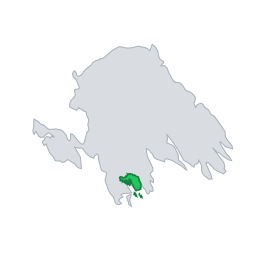 Westport Lea-4, Mayo, Ireland (highlighted), rotated 248°
{"feature_id": "5873133B76630404476162", "entity_name": "Westport Lea-4", "entity_type": "district", "adm_level": 2, "iso_a3": "IRL", "parent_name": "Ireland", "parent_adm1": "Mayo", "projection": "natural_earth1", "projection_center": [-9.682, 53.797], "detail": "fine", "context": "in_parent", "style": "filled", "palette": "green", "viewbox_px": 256, "rotation_deg": 248, "n_neighbors": 0, "source": "geoboundaries", "source_scale": "gbopen_adm2", "svg_char_len": 8620}
<svg xmlns="http://www.w3.org/2000/svg" viewBox="0 0 256 256"><g transform="rotate(248 128 128)"><path d="M162.5,50.8L156.9,53.7L156.1,54.8L154.5,59.3L154.3,60.6L150.9,65.6L148.9,66.6L145.9,67.4L144.2,68.2L142.1,67.8L139.4,67.9L138.1,68.8L138.1,69.5L139.0,70.3L144.0,72.6L143.7,73.5L142.3,74.6L133.4,77.3L130.7,78.9L129.8,80.0L130.8,81.8L138.0,87.2L139.2,87.8L140.3,90.9L146.6,92.2L149.2,94.2L151.4,94.7L156.2,94.5L158.2,95.2L159.3,94.7L159.9,93.6L165.3,89.8L163.5,87.0L168.9,82.1L170.4,82.1L173.0,83.6L175.1,85.7L175.9,88.5L177.9,91.0L179.2,91.8L182.7,92.3L183.5,93.3L182.9,96.9L183.5,98.1L192.3,98.0L195.8,96.5L198.9,96.7L200.4,98.4L201.1,100.0L198.5,100.6L195.7,100.3L194.4,101.4L194.4,103.5L195.3,106.2L197.2,108.2L198.8,112.5L200.1,117.3L202.0,120.2L202.5,123.9L202.2,125.6L202.6,128.8L201.9,130.0L202.5,133.0L205.9,142.7L206.7,150.3L205.2,153.1L203.1,155.8L201.7,159.0L200.7,162.5L200.2,168.0L195.6,174.6L193.7,176.2L191.4,177.2L196.5,181.8L192.4,183.8L188.0,184.4L183.0,183.3L180.0,183.4L176.1,185.8L175.2,185.4L173.3,181.6L172.0,185.5L169.2,186.7L164.3,186.5L156.2,187.5L153.0,188.6L151.8,190.4L150.8,192.4L149.6,193.5L148.1,194.2L141.8,195.6L140.6,196.2L137.7,199.5L133.9,201.3L130.8,201.9L127.9,200.0L126.8,198.9L125.5,198.3L121.1,198.4L122.5,199.0L123.4,200.3L123.8,202.8L123.4,205.3L121.2,206.6L118.7,206.8L114.7,209.4L109.4,210.1L106.5,212.5L89.0,216.5L88.0,216.6L85.6,215.6L82.9,215.1L80.3,215.4L73.0,217.7L69.4,217.2L73.9,211.6L80.0,208.8L80.7,208.0L78.7,207.7L67.1,209.6L63.0,211.3L59.0,211.8L60.9,209.2L66.1,205.7L70.6,203.4L72.5,201.4L78.0,199.0L60.4,203.9L55.7,203.3L54.6,201.9L51.0,202.6L49.7,199.3L55.0,194.4L58.1,192.3L61.8,191.1L65.4,189.5L66.7,187.5L65.0,186.9L54.4,187.4L49.3,186.9L49.6,185.4L50.5,183.6L55.8,180.6L58.7,180.1L61.2,180.4L65.7,182.2L71.7,181.6L69.2,179.7L68.8,175.8L66.9,174.5L69.3,172.7L72.1,171.6L76.8,167.8L78.4,167.3L87.6,166.4L97.6,164.4L107.4,161.7L102.3,160.2L99.9,158.2L96.1,162.2L93.3,163.8L85.4,164.6L82.9,164.1L79.3,162.9L78.2,163.4L77.2,164.3L72.0,166.3L66.5,166.8L72.9,163.2L81.0,157.0L82.8,155.1L85.4,151.7L84.6,150.2L82.9,149.3L88.7,142.4L90.8,141.1L94.6,140.9L97.3,139.8L98.5,139.8L99.6,139.4L102.0,137.3L98.3,136.0L94.4,135.3L82.6,136.0L81.0,135.9L79.5,135.3L78.6,134.3L77.8,132.0L77.0,131.4L74.3,131.4L71.7,132.2L69.8,132.1L68.0,131.1L70.9,128.7L67.2,128.1L63.4,128.6L60.3,127.8L60.2,126.3L61.6,124.8L59.7,123.4L59.3,121.6L61.3,120.7L63.5,121.0L67.9,119.7L73.6,119.0L68.7,117.7L66.8,116.6L66.7,114.8L67.1,113.4L72.7,110.9L78.7,109.8L78.2,108.1L78.7,106.3L72.6,105.8L66.6,107.1L67.3,103.7L68.7,100.6L69.0,98.6L68.7,96.4L65.9,97.4L65.6,94.3L64.4,92.2L60.3,93.7L60.4,90.9L61.6,89.0L63.7,88.1L65.9,88.5L69.9,88.5L73.7,87.0L79.2,86.6L88.1,87.1L94.1,91.2L95.7,90.5L98.1,87.9L99.2,87.6L108.4,88.7L114.1,90.2L115.6,89.7L114.7,86.9L112.8,84.9L115.2,82.3L118.2,80.5L120.2,79.7L124.8,78.6L126.7,77.5L128.1,74.2L130.2,71.4L118.7,72.9L107.7,69.6L109.4,67.3L111.7,65.9L115.7,64.9L116.1,63.7L118.1,62.7L121.4,60.1L120.1,56.6L120.8,54.1L123.2,52.4L123.9,50.1L125.0,48.3L129.8,47.7L134.5,46.1L141.7,45.9L143.6,46.5L143.1,43.7L146.5,43.3L147.8,43.9L148.4,45.9L150.0,47.2L150.5,49.4L149.5,51.2L147.7,52.5L149.3,53.9L146.9,56.3L149.5,55.3L153.3,52.9L153.1,50.9L152.4,48.4L151.3,46.2L151.8,43.7L153.9,42.1L159.4,41.4L157.1,38.6L159.1,38.3L161.3,38.9L164.6,41.1L171.5,44.1L168.2,46.9L164.1,48.7L162.5,50.8ZM65.4,104.8L65.3,106.1L62.6,104.5L61.3,102.7L54.1,101.8L57.1,100.0L58.6,100.6L63.7,100.6L65.1,101.4L65.4,104.8Z" fill="#d9dde1" stroke="#a8b0b8" stroke-width="1"/><path d="M76.9,105.6L77.5,105.7L77.4,105.9L77.6,106.0L77.8,105.9L77.6,105.8L78.4,105.5L78.1,105.9L78.4,105.9L78.6,105.7L78.9,105.3L79.0,105.4L78.7,105.7L79.1,105.9L78.9,105.9L77.9,106.2L79.3,106.0L79.1,105.9L79.5,105.8L79.3,106.0L79.8,106.1L78.7,106.1L78.4,106.3L79.1,106.1L79.3,106.3L78.1,106.4L78.5,106.6L79.6,106.5L78.5,106.8L79.3,106.8L77.8,107.0L79.3,106.9L79.4,107.0L78.7,107.2L79.3,107.2L79.6,107.4L79.1,107.2L78.2,107.3L79.3,107.4L78.9,107.5L79.3,107.7L78.6,107.6L78.4,107.6L78.9,107.7L78.9,107.8L78.3,107.7L78.6,107.5L78.1,107.3L78.2,107.5L77.9,107.6L79.2,107.8L77.3,107.9L77.2,108.1L77.5,108.3L77.2,108.5L78.0,108.5L77.2,108.6L77.8,109.0L76.9,108.8L78.0,109.3L77.6,109.4L77.2,109.1L77.3,109.2L77.1,109.2L77.2,109.3L77.4,109.5L78.4,109.6L78.0,109.9L79.2,109.9L78.8,109.7L79.1,109.6L79.7,109.7L79.5,109.9L79.8,110.0L79.9,109.8L79.9,110.0L79.3,109.9L79.7,110.0L79.2,110.0L79.3,110.3L78.6,110.3L78.6,110.5L79.0,110.5L78.5,110.7L78.5,110.9L77.8,110.8L77.6,110.7L77.9,110.7L77.7,110.6L77.8,110.6L78.0,110.7L77.9,110.6L78.2,110.6L78.3,110.3L77.6,110.6L77.7,110.9L77.6,111.0L76.9,111.0L77.5,110.8L76.6,110.5L76.4,110.6L76.4,110.8L75.8,110.8L75.6,110.6L75.8,110.5L76.0,110.2L75.7,110.6L73.0,111.2L72.0,111.2L71.8,110.8L71.4,110.8L69.8,111.4L67.1,111.6L66.8,112.2L67.2,112.3L67.3,113.1L66.7,114.1L66.7,114.6L66.4,114.8L66.5,115.1L66.9,115.7L66.6,116.2L66.6,116.8L67.8,117.0L67.6,117.2L68.2,117.5L67.9,117.4L67.9,117.7L71.3,119.1L72.5,118.9L72.5,119.0L72.8,119.1L74.4,119.0L75.3,118.4L76.2,119.2L77.5,118.9L78.4,119.3L78.8,119.2L79.6,118.3L80.0,117.5L81.1,117.1L81.5,116.7L82.1,116.4L81.9,116.0L82.2,115.7L81.9,115.4L83.0,114.6L83.6,114.6L83.8,114.0L84.3,113.6L84.3,113.3L84.9,112.7L84.9,112.4L84.6,112.3L85.2,111.7L85.1,110.8L85.4,110.5L84.9,110.6L84.5,110.1L84.6,109.8L84.3,109.7L84.4,109.3L83.9,109.0L83.7,108.7L83.9,108.3L83.5,107.8L83.9,107.7L83.4,107.3L83.6,107.1L83.6,106.4L83.2,106.2L83.6,104.7L84.6,104.4L85.1,103.5L85.0,103.3L85.5,102.9L85.3,102.7L85.5,102.2L85.4,101.8L84.9,101.5L84.1,101.5L83.5,102.0L83.3,101.6L82.5,101.0L82.2,101.0L81.6,101.7L81.9,102.0L82.0,102.8L81.6,103.3L81.4,103.0L80.9,103.2L80.3,102.9L80.6,103.5L80.5,104.2L80.7,104.3L80.1,104.3L80.3,104.0L80.0,103.3L79.4,104.4L79.0,104.3L78.0,104.7L77.7,104.9L77.8,105.1L76.9,105.6ZM63.7,109.3L62.0,109.8L61.8,109.9L62.0,110.2L61.7,110.4L64.1,110.4L65.3,110.1L65.3,109.9L65.6,109.7L64.8,109.4L64.3,108.7L64.1,108.7L63.7,109.3ZM60.2,114.4L60.6,114.1L60.3,113.9L59.8,114.2L59.2,114.0L59.1,114.4L58.5,114.7L58.8,114.8L58.6,115.0L58.9,115.1L60.3,114.8L60.4,114.6L60.2,114.4ZM76.9,108.6L76.6,108.3L76.0,108.4L76.7,108.4L76.3,108.6L76.7,108.8L76.9,108.6ZM75.7,108.0L76.2,107.9L75.9,107.9L75.5,108.2L75.2,108.3L75.4,108.2L75.5,108.0L75.4,108.0L75.0,108.4L75.7,108.2L75.7,108.0ZM62.2,113.6L62.5,114.0L62.8,113.9L62.6,113.7L62.2,113.6ZM76.8,107.9L76.3,108.1L76.9,108.0L76.8,107.9ZM77.0,107.7L77.3,107.8L77.7,107.7L77.0,107.7ZM77.7,107.3L77.3,107.5L77.7,107.5L77.7,107.3ZM78.3,106.6L78.0,106.7L78.4,106.8L78.3,106.6ZM75.2,107.9L75.6,107.9L75.2,107.8L75.5,107.7L75.4,107.5L75.2,107.7L75.2,107.9ZM75.8,109.0L76.2,109.0L76.0,108.8L75.8,109.0ZM78.2,107.2L77.9,107.1L77.6,107.2L78.2,107.2ZM76.9,109.2L77.0,109.0L76.7,109.1L76.9,109.2ZM76.1,107.4L76.1,107.2L75.8,107.4L76.1,107.4ZM76.8,109.4L76.5,109.4L77.0,109.6L76.8,109.4ZM75.7,108.6L75.4,108.7L75.4,108.8L75.7,108.6ZM76.8,109.7L76.7,109.8L76.9,109.8L76.8,109.7ZM75.8,107.8L76.1,107.7L76.4,107.7L76.2,107.6L75.8,107.8ZM76.7,110.1L76.3,110.1L76.5,110.1L76.7,110.1ZM76.2,110.0L75.9,110.2L76.0,110.2L76.2,110.0ZM76.6,107.3L76.8,107.3L76.9,107.2L76.6,107.3ZM76.8,107.6L77.1,107.6L76.7,107.5L76.8,107.6ZM76.9,106.3L77.1,106.4L76.9,106.3ZM76.6,109.3L76.3,109.1L76.2,109.2L76.6,109.3ZM61.0,115.5L60.8,115.5L61.1,115.5L61.0,115.5ZM78.5,107.1L78.3,107.1L78.6,107.1L78.5,107.1ZM77.7,106.5L77.9,106.5L78.1,106.5L77.7,106.5ZM77.3,106.8L77.1,106.7L76.7,106.8L76.9,106.8L77.3,106.8ZM75.5,109.7L75.3,109.4L75.5,109.7ZM76.5,107.8L76.3,107.8L76.6,107.9L76.5,107.8ZM76.0,108.5L75.9,108.4L75.8,108.5L76.0,108.5ZM76.5,106.1L76.9,106.0L76.5,106.1ZM77.4,106.0L77.1,105.9L77.1,106.0L77.4,106.0ZM77.6,106.2L77.4,106.2L77.2,106.2L77.6,106.2ZM76.0,109.8L75.8,109.8L76.0,109.8L76.0,109.8ZM76.0,106.2L75.9,106.1L76.0,106.2ZM75.4,107.3L75.5,107.3L75.4,107.3ZM76.6,106.9L76.8,107.0L76.9,106.9L76.6,106.9ZM78.0,106.3L77.9,106.4L78.1,106.3L78.0,106.3ZM75.9,106.4L76.0,106.5L75.9,106.4ZM76.2,106.6L76.4,106.6L76.2,106.6ZM76.7,107.8L76.9,107.9L76.7,107.8ZM76.1,107.6L75.9,107.5L76.1,107.6ZM76.3,109.9L76.2,109.9L76.3,109.9ZM76.3,106.3L76.1,106.3L76.3,106.3L76.3,106.3ZM76.3,110.6L76.5,110.5L76.4,110.5L76.3,110.6ZM77.8,110.8L78.0,110.8L77.9,110.7L77.8,110.8ZM77.2,107.2L77.3,107.2L77.2,107.2ZM61.9,114.1L62.0,114.1L61.9,114.1ZM77.2,107.8L77.3,107.8L77.2,107.8ZM78.8,110.3L78.8,110.2L78.7,110.2L78.8,110.3ZM76.8,106.5L77.0,106.5L76.8,106.5L76.8,106.5ZM76.8,108.1L76.7,108.0L76.8,108.1ZM77.1,107.5L77.0,107.4L76.9,107.5L77.1,107.5ZM76.0,106.6L75.9,106.6L76.0,106.6L76.0,106.6ZM78.7,105.8L78.8,105.8L78.7,105.8ZM75.9,108.2L76.0,108.2L75.9,108.2ZM67.8,117.7L67.7,117.6L67.8,117.7Z" fill="#22c55e" stroke="#15803d" stroke-width="1.5"/></g></svg>